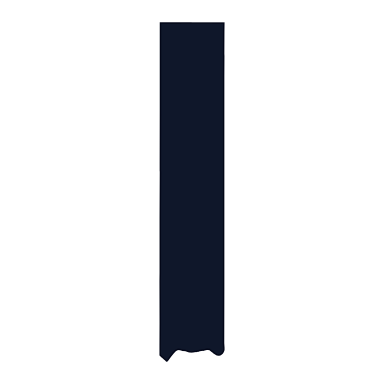 San José, Petén, Guatemala
{"feature_id": "79465075B657648809250", "entity_name": "San José", "entity_type": "district", "adm_level": 2, "iso_a3": "GTM", "parent_name": "Guatemala", "parent_adm1": "Petén", "projection": "equal_earth", "projection_center": [-89.816, 17.394], "detail": "fine", "context": "isolated", "style": "filled", "palette": "ink", "viewbox_px": 384, "rotation_deg": 0, "n_neighbors": 0, "source": "geoboundaries", "source_scale": "gbopen_adm2", "svg_char_len": 1024}
<svg xmlns="http://www.w3.org/2000/svg" viewBox="0 0 384 384"><path d="M223.8,23.1L160.5,23.0L160.5,76.4L160.5,110.2L160.4,163.5L160.4,170.6L160.5,171.8L160.3,216.9L160.3,270.1L160.3,272.8L160.2,281.1L160.3,323.4L160.2,345.6L160.2,348.1L160.2,355.1L162.0,356.9L162.6,357.2L163.1,357.8L163.4,357.9L164.0,358.6L164.6,359.1L165.0,359.4L165.6,359.9L166.5,360.9L166.8,361.0L167.3,360.6L167.7,360.1L170.4,356.4L171.1,355.5L173.4,352.7L173.7,352.4L175.4,350.6L176.6,349.9L177.4,349.5L178.7,349.3L180.6,349.6L182.8,350.3L185.2,350.4L189.1,351.7L191.5,351.9L194.2,351.6L194.4,351.4L196.4,351.4L197.1,351.1L198.1,351.1L198.8,350.9L199.1,350.6L202.5,350.1L203.7,350.1L204.0,349.9L206.9,349.2L209.6,349.4L211.8,351.2L212.6,351.7L213.8,352.8L216.8,354.7L218.3,355.0L219.2,355.0L220.3,354.7L221.4,353.9L222.3,353.1L223.0,352.0L223.6,350.6L223.8,349.8L223.8,347.9L223.5,343.2L223.6,289.8L223.6,236.5L223.6,183.1L223.6,129.8L223.6,76.6L223.7,56.0L223.6,53.9L223.7,30.9L223.8,23.1Z" fill="#0f172a" stroke="#020617" stroke-width="1.5"/></svg>